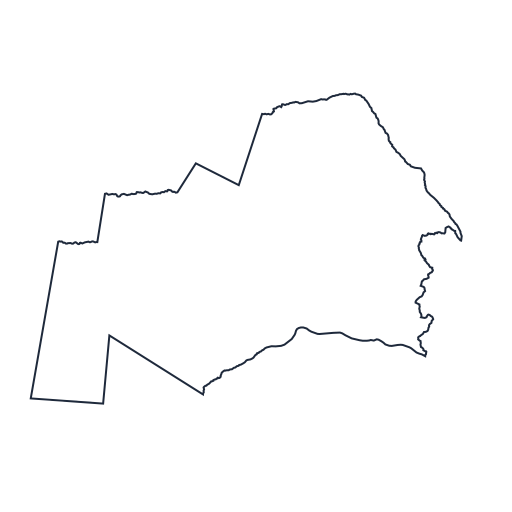 outline of San Carlos, Mendoza, Argentina, rotated 189°
{"feature_id": "61730980B94822321270328", "entity_name": "San Carlos", "entity_type": "district", "adm_level": 2, "iso_a3": "ARG", "parent_name": "Argentina", "parent_adm1": "Mendoza", "projection": "albers", "projection_center": [-69.724, -34.081], "detail": "fine", "context": "isolated", "style": "outline", "palette": "slate", "viewbox_px": 512, "rotation_deg": 189, "n_neighbors": 0, "source": "geoboundaries", "source_scale": "gbopen_adm2", "svg_char_len": 5966}
<svg xmlns="http://www.w3.org/2000/svg" viewBox="0 0 512 512"><g transform="rotate(189 256 256)"><path d="M456.2,80.1L383.9,86.3L388.4,154.6L286.7,111.0L286.8,112.0L286.3,113.1L286.7,114.9L286.4,116.0L287.2,118.0L286.8,118.7L285.7,119.9L284.7,120.2L284.1,121.2L282.3,122.6L280.6,125.2L280.1,125.2L278.6,126.1L278.7,126.7L277.6,127.5L276.4,127.9L275.6,128.9L274.9,129.0L274.7,129.8L273.5,129.7L272.9,129.9L272.0,131.2L272.2,132.3L271.8,133.8L271.6,135.4L270.2,137.1L269.2,138.0L268.6,137.9L267.6,138.4L265.1,138.9L264.1,139.8L262.0,140.4L260.4,142.1L258.9,142.7L257.8,144.1L256.3,144.7L255.8,145.1L255.6,145.7L254.0,146.3L251.7,148.1L250.4,149.3L249.2,151.3L248.2,152.0L245.3,153.0L243.5,154.3L242.6,155.2L241.2,158.0L239.9,159.0L240.0,159.7L239.7,160.2L238.2,160.7L237.6,161.8L236.3,162.4L235.0,164.0L234.0,164.5L232.9,166.1L231.3,167.3L226.6,169.3L222.5,169.8L217.1,171.2L214.0,172.9L207.7,179.6L205.5,184.2L205.1,185.7L204.8,188.4L204.1,190.2L202.6,191.5L200.6,192.4L198.1,192.8L194.6,192.3L191.9,190.8L189.5,189.9L183.0,188.7L181.0,188.9L167.6,192.2L161.1,193.5L158.7,193.1L155.3,191.7L148.6,189.6L140.5,189.0L137.4,189.0L133.4,189.6L130.9,190.3L129.5,191.0L126.4,190.9L123.7,192.6L121.8,192.5L118.8,191.4L116.5,190.3L114.4,188.9L110.4,188.2L107.9,188.4L102.1,190.3L99.1,191.0L97.1,191.1L90.1,189.8L88.2,189.1L82.4,185.8L79.4,185.1L76.9,184.8L73.2,183.5L73.3,184.9L72.8,185.4L72.8,188.1L73.2,188.5L74.0,188.4L75.9,189.1L75.8,189.5L76.3,190.5L77.4,191.4L78.8,191.9L79.7,194.2L79.6,195.7L80.2,197.8L81.1,198.0L82.8,199.0L82.8,200.0L83.1,200.9L82.9,201.4L81.9,202.4L81.3,202.6L81.0,203.2L79.0,205.1L78.2,207.2L76.5,207.6L74.9,208.7L74.4,210.1L74.4,212.3L73.9,213.3L74.3,214.7L73.7,216.0L72.3,217.3L72.3,219.5L71.1,221.2L71.3,221.8L72.3,223.3L73.0,223.8L73.9,224.0L75.2,224.9L76.5,225.1L77.0,224.8L77.9,223.0L78.0,222.2L79.0,221.5L79.8,221.2L83.4,221.3L83.1,222.0L83.5,223.8L84.1,224.9L85.5,226.4L85.8,228.0L86.5,229.4L86.4,231.8L86.9,232.8L87.0,233.7L91.1,234.9L91.2,236.1L90.4,237.8L87.9,240.9L86.1,242.0L85.3,243.6L84.8,246.3L83.5,247.8L84.3,249.6L84.5,250.6L85.1,251.4L86.0,251.8L88.7,252.3L88.3,253.9L88.2,256.9L87.7,257.3L86.4,259.3L84.0,260.1L82.1,261.6L82.5,263.0L83.1,264.1L83.1,264.8L82.0,265.6L81.5,266.4L79.8,267.5L79.6,268.4L79.0,269.2L79.4,270.3L80.1,270.9L80.1,272.0L82.3,272.2L83.8,273.9L83.9,274.4L85.9,275.6L87.4,277.3L87.9,277.4L88.4,278.4L88.7,278.5L88.1,279.1L88.7,280.0L89.7,280.1L90.6,280.6L91.9,282.2L92.7,282.6L93.7,284.8L95.8,287.3L95.9,287.9L96.4,288.9L96.4,289.7L97.1,291.0L97.1,291.9L96.4,292.9L96.6,294.1L96.1,294.6L96.0,295.8L94.9,296.1L95.1,297.4L95.8,298.3L95.1,301.3L95.1,302.1L94.7,302.4L94.6,302.7L92.5,302.3L90.8,302.9L89.9,303.8L89.8,304.9L89.3,305.3L88.6,304.9L87.9,305.2L86.9,304.9L86.6,305.3L86.1,305.2L85.3,305.4L83.5,305.2L82.8,306.6L82.1,306.5L81.6,307.2L80.5,307.0L80.3,307.7L79.2,308.2L77.5,308.1L76.3,307.4L75.8,307.6L73.4,307.7L72.8,309.0L73.1,313.3L71.9,314.4L70.4,315.3L68.3,314.4L68.0,313.7L67.3,313.5L66.8,312.9L66.4,312.9L64.1,311.8L63.2,311.9L62.7,309.6L61.8,309.0L59.8,306.1L56.5,303.4L55.8,303.3L55.9,307.8L57.6,310.7L57.9,312.1L61.8,317.3L63.0,318.6L63.9,318.8L64.3,319.5L65.8,320.7L66.1,321.3L68.7,323.3L70.7,325.3L71.4,327.3L72.4,328.3L73.2,328.6L74.1,329.6L76.6,330.4L77.0,331.4L77.6,331.8L78.7,332.1L78.8,332.7L80.6,333.5L80.8,334.3L82.3,335.1L82.7,336.1L84.2,337.0L84.5,337.5L86.4,339.1L89.4,341.3L93.4,343.6L95.5,345.4L96.1,345.6L97.8,347.3L98.5,348.9L99.3,349.9L99.4,351.5L100.3,352.5L100.1,353.2L100.9,355.0L100.8,356.0L101.9,357.5L101.7,358.6L102.0,359.3L102.1,362.0L102.3,363.1L103.1,364.8L105.3,366.5L106.7,368.3L112.8,368.0L117.1,368.8L118.3,370.2L120.5,370.6L122.4,372.2L123.5,372.7L123.6,373.3L124.6,374.8L128.7,377.5L130.0,379.2L131.8,380.2L133.6,380.8L134.9,382.9L136.7,384.0L137.0,384.7L138.7,385.6L138.8,387.1L140.5,388.2L141.2,388.9L141.2,389.5L142.0,389.9L142.8,390.6L143.4,392.4L143.3,393.3L144.5,396.2L145.7,397.4L147.3,397.9L148.9,400.8L149.5,401.1L150.8,403.0L153.1,404.0L155.0,405.2L155.7,406.2L156.0,408.4L156.5,409.5L157.3,410.8L158.7,411.5L160.3,415.0L161.6,415.4L162.9,416.6L164.1,417.3L165.2,420.2L166.8,421.2L168.5,423.7L171.4,426.8L172.4,427.1L174.0,429.2L176.4,429.7L177.2,430.8L180.2,431.4L182.6,431.4L183.4,431.9L184.5,431.7L186.7,430.7L187.9,430.9L189.1,430.0L190.5,430.1L191.0,429.9L192.8,430.3L194.5,429.7L194.9,429.9L197.5,429.0L198.4,429.0L200.4,427.7L202.1,427.3L203.3,426.5L205.2,426.0L208.2,423.9L210.7,421.3L211.4,421.2L212.4,421.5L214.9,421.0L216.2,421.1L220.6,418.5L224.1,417.3L228.8,417.0L234.6,414.1L236.9,413.6L238.6,414.4L241.1,414.4L242.5,413.5L243.2,413.6L244.5,412.9L246.5,412.3L247.8,411.0L249.5,410.7L250.3,410.0L250.9,409.7L253.2,410.1L254.0,409.8L254.1,407.7L254.4,407.0L255.6,407.6L256.3,407.6L258.5,406.3L259.1,405.1L261.4,404.3L261.8,403.9L260.9,401.6L261.3,401.1L261.9,400.8L262.0,400.0L262.6,399.0L263.4,398.2L264.4,398.0L266.0,398.3L267.7,397.6L269.3,397.9L270.4,397.3L272.2,397.3L284.1,323.3L329.9,338.1L343.6,306.6L345.1,306.0L345.9,306.4L347.1,306.7L347.8,306.3L348.7,306.4L350.2,307.5L352.7,307.7L353.5,307.3L353.6,306.3L353.9,305.9L355.7,305.9L356.9,304.6L358.2,304.6L359.7,304.0L360.3,302.9L362.3,302.7L363.8,301.9L365.4,301.8L368.1,300.7L371.1,300.7L372.7,301.8L375.4,302.4L377.1,300.7L378.0,300.5L380.2,300.8L380.8,300.5L382.8,300.6L383.8,300.4L384.1,298.9L385.2,298.3L387.2,297.9L388.4,298.1L390.3,296.8L391.1,296.7L392.8,295.9L396.2,296.7L398.4,295.8L399.3,294.7L399.7,293.7L400.7,293.2L402.0,293.2L402.5,293.5L403.4,294.8L404.4,295.2L405.9,294.7L407.6,294.8L411.2,293.4L413.4,294.4L414.9,293.8L414.9,244.9L415.9,244.8L417.0,244.3L419.1,244.9L420.1,244.8L421.8,243.7L422.6,243.6L423.7,244.0L427.2,242.7L429.5,241.2L431.4,241.7L432.0,241.4L432.0,240.8L432.3,240.3L432.9,240.0L433.6,240.0L436.2,241.4L437.4,240.9L438.6,239.6L439.7,239.4L441.2,239.8L443.9,239.2L444.3,238.8L445.6,238.5L446.8,239.1L447.8,239.2L448.4,238.9L450.1,240.0L451.6,239.6L452.5,239.8L453.6,239.2L456.2,80.1Z" fill="none" stroke="#1e293b" stroke-width="2"/></g></svg>